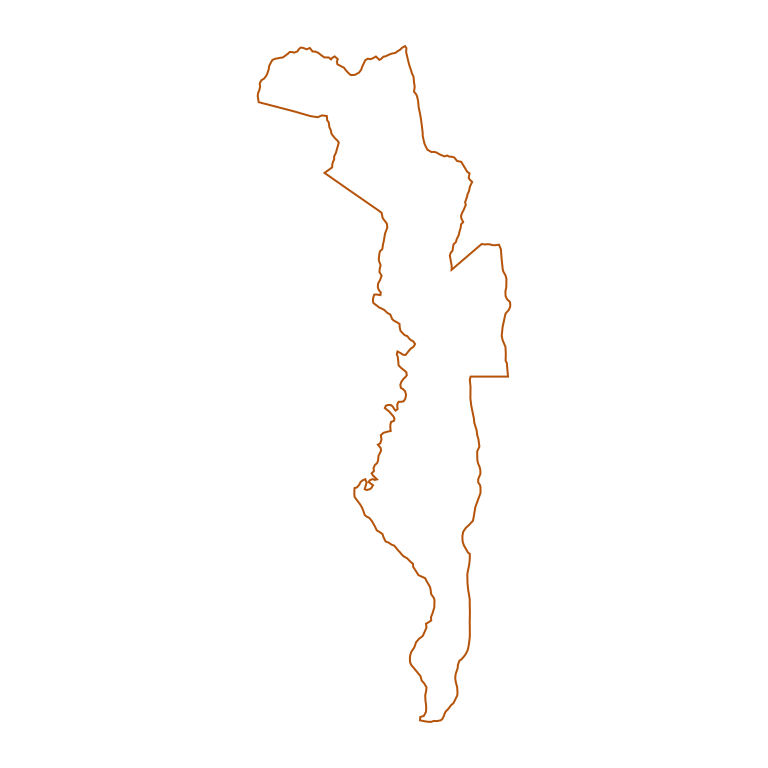 the district of Santa Luzia do Pará, Pará, Brazil
{"feature_id": "56859067B56041681846476", "entity_name": "Santa Luzia do Pará", "entity_type": "district", "adm_level": 2, "iso_a3": "BRA", "parent_name": "Brazil", "parent_adm1": "Pará", "projection": "robinson", "projection_center": [-46.938, -1.726], "detail": "fine", "context": "isolated", "style": "outline", "palette": "amber", "viewbox_px": 768, "rotation_deg": 0, "n_neighbors": 0, "source": "geoboundaries", "source_scale": "gbopen_adm2", "svg_char_len": 5820}
<svg xmlns="http://www.w3.org/2000/svg" viewBox="0 0 768 768"><path d="M367.8,58.7L365.3,60.2L362.2,66.7L361.3,69.5L359.1,72.5L355.1,74.8L353.0,75.0L350.6,75.0L348.3,72.9L345.6,70.0L344.2,67.9L340.9,66.1L337.5,64.4L336.8,61.8L337.8,59.2L334.7,56.4L332.4,57.7L331.0,59.4L328.8,57.5L324.3,57.4L321.1,55.1L318.2,52.8L315.3,51.6L312.6,51.5L309.8,48.0L306.6,49.3L303.4,48.0L300.9,47.5L299.1,48.9L297.4,51.4L294.3,52.6L292.2,52.1L289.8,52.0L287.7,53.9L282.8,57.5L280.1,57.8L278.1,58.3L275.3,58.7L272.4,60.0L270.9,62.5L269.1,66.1L268.8,69.0L267.2,73.9L266.2,75.9L264.1,78.6L261.3,80.3L259.7,83.5L260.1,86.8L259.3,90.3L258.2,92.7L257.7,96.1L258.7,102.2L293.4,111.2L310.8,116.2L317.8,117.2L321.9,115.4L326.8,116.0L327.2,120.3L328.8,122.5L329.3,127.0L330.8,130.2L331.5,133.8L333.7,136.7L335.7,139.0L337.5,140.6L338.8,142.6L335.9,152.8L334.1,156.6L334.2,159.3L333.1,161.6L332.4,163.7L332.1,167.4L324.5,172.9L347.8,189.2L379.0,210.8L381.7,213.0L382.6,217.9L384.0,219.9L386.8,223.5L387.3,227.4L386.1,230.9L385.0,233.6L384.1,239.4L382.9,245.1L382.3,249.2L380.2,251.0L379.3,253.9L378.8,259.6L379.4,262.2L380.6,265.1L379.8,268.6L379.4,271.9L381.6,275.8L380.8,278.0L380.0,280.1L378.1,283.5L377.8,287.1L378.8,290.0L380.8,292.4L380.4,295.1L376.7,294.5L374.3,294.6L373.5,296.8L372.9,299.6L373.2,302.7L375.1,304.4L377.2,305.8L379.0,307.4L381.7,308.6L384.5,310.1L387.1,312.7L390.3,314.6L391.3,316.9L392.1,319.0L393.8,320.6L396.8,322.2L399.5,323.9L399.7,327.3L400.5,330.8L402.5,333.0L404.6,335.1L407.4,336.2L409.2,338.6L411.0,340.3L413.0,341.1L415.1,344.0L413.5,346.8L410.6,348.7L408.9,350.8L407.0,353.1L405.7,354.9L403.2,354.8L400.6,353.1L397.5,351.5L396.8,354.3L397.6,356.4L398.0,358.6L398.3,361.9L398.6,365.4L401.1,367.9L404.1,370.3L406.3,372.1L406.8,375.2L405.4,377.1L403.7,378.6L401.4,381.7L400.3,384.9L400.9,387.9L403.1,389.2L405.1,391.3L406.1,394.8L405.3,398.7L403.7,401.2L401.2,401.8L398.6,401.8L397.3,404.2L397.3,406.5L397.6,409.1L395.5,410.6L394.0,408.7L392.9,406.7L391.0,405.1L388.2,404.9L385.9,405.7L384.8,408.0L387.1,409.9L389.3,411.6L391.5,414.2L393.5,416.4L394.5,418.9L393.8,421.0L391.1,421.9L390.4,424.6L390.3,427.5L390.7,431.0L387.3,431.7L383.5,432.8L380.8,435.2L381.5,439.3L380.3,443.3L377.9,444.7L380.6,447.9L381.1,450.5L380.1,452.7L378.6,455.6L378.3,457.9L378.1,460.5L377.1,463.1L374.8,465.1L373.6,468.1L373.9,471.2L371.6,473.3L372.9,475.5L374.9,477.3L377.0,479.4L374.8,479.9L372.8,479.1L370.0,480.1L368.6,481.9L370.5,483.4L373.0,485.2L371.4,488.0L369.8,489.2L366.7,490.0L364.7,489.2L365.6,486.0L366.6,482.7L365.3,479.2L362.5,480.4L360.5,482.1L359.3,484.7L357.0,487.4L354.5,488.1L354.3,493.8L354.6,497.0L356.5,499.6L360.2,504.5L361.8,507.2L363.3,510.7L364.7,515.0L366.8,516.7L369.2,517.8L371.8,521.0L374.6,525.8L376.8,530.4L379.2,531.8L382.4,533.9L383.7,537.6L385.6,541.5L388.6,542.6L391.5,544.6L394.3,545.7L398.0,550.2L400.0,552.3L401.5,554.2L403.4,556.2L407.0,558.2L410.7,562.0L413.0,563.8L413.2,566.9L416.2,571.5L418.5,575.2L425.2,578.2L426.5,581.0L430.0,586.9L430.7,590.0L431.1,594.0L434.0,598.2L434.5,600.4L434.3,607.4L432.4,613.7L431.0,617.0L431.2,620.5L428.2,622.5L426.0,623.7L426.5,627.5L425.4,630.1L422.9,635.7L421.2,637.2L419.2,638.6L416.1,642.2L414.3,647.4L411.4,651.7L410.3,654.9L409.9,657.4L410.0,662.0L411.2,665.0L413.5,667.6L418.2,673.4L420.5,676.1L421.6,680.4L424.1,683.3L426.5,687.3L426.2,690.7L425.2,695.4L425.5,701.1L426.0,704.4L426.2,708.0L426.0,711.8L423.8,715.9L420.2,717.1L420.0,720.3L424.2,721.2L427.3,721.7L431.0,721.9L434.0,720.9L437.0,721.1L440.8,720.3L442.4,718.9L444.0,715.7L444.6,713.6L445.7,711.5L447.6,709.7L449.5,707.3L451.1,705.1L453.4,703.2L457.2,695.6L457.5,692.9L457.2,687.5L455.7,681.6L455.2,678.2L455.7,673.9L457.7,668.0L457.9,664.9L459.3,660.9L461.9,658.9L464.4,655.9L465.7,654.0L467.3,651.0L468.1,648.6L468.9,644.2L469.5,639.4L469.8,636.5L469.8,626.9L469.7,622.7L469.9,612.4L469.7,603.8L469.7,599.2L469.0,594.6L468.2,590.2L467.5,583.4L467.3,574.6L467.8,571.2L469.0,565.7L469.5,562.0L469.8,558.1L469.8,553.9L467.9,552.5L466.5,549.9L464.0,545.6L462.7,542.0L462.4,538.0L462.5,535.3L463.3,531.6L465.8,527.9L469.0,525.0L471.0,522.8L472.9,520.9L473.4,518.5L473.9,515.8L475.3,507.2L480.5,493.0L480.5,487.7L480.1,485.3L478.2,482.4L478.2,479.2L480.4,473.8L480.3,470.0L479.6,467.0L478.0,463.1L477.4,460.7L477.2,454.4L477.2,451.3L479.4,446.6L478.4,439.1L477.2,435.1L476.7,430.6L474.2,422.4L474.0,419.1L471.3,405.9L470.4,398.5L470.5,386.5L469.8,379.8L470.6,376.6L508.0,376.6L506.8,362.9L505.6,360.7L505.8,354.3L505.5,347.0L502.6,340.1L501.7,335.9L502.6,327.0L505.0,315.9L505.6,313.5L508.9,309.8L510.1,306.9L510.3,304.4L509.9,301.9L507.2,299.4L505.6,296.2L505.4,291.5L506.3,287.0L506.4,278.7L505.6,275.6L503.4,271.7L502.7,269.2L501.5,257.8L500.9,249.3L500.0,247.1L498.9,244.7L495.3,245.2L492.3,245.1L490.2,244.4L487.4,244.2L484.7,244.5L481.7,244.0L462.6,260.3L451.6,269.8L451.7,265.9L450.9,261.4L450.3,258.0L449.8,255.7L450.7,252.8L452.5,250.7L453.5,244.4L456.0,241.9L456.6,239.4L457.6,237.4L458.8,235.0L459.5,231.5L460.6,228.1L461.1,224.3L463.2,222.1L461.4,218.5L461.0,216.2L462.0,213.1L463.4,210.5L464.5,207.9L465.8,204.8L465.1,202.3L467.1,196.6L467.5,194.2L468.9,191.4L469.4,189.2L469.9,186.6L472.2,181.9L470.0,179.9L468.7,178.0L469.5,173.3L467.3,171.9L461.2,161.8L457.1,161.0L454.2,157.4L451.4,156.7L449.2,156.6L447.1,155.5L444.6,156.4L439.8,154.5L436.7,152.6L434.4,151.9L431.4,152.0L429.4,150.8L427.5,149.8L425.7,146.4L424.6,144.0L423.6,140.0L422.7,135.7L422.7,133.3L422.2,128.5L420.9,118.7L420.0,113.5L418.7,107.6L418.1,101.0L417.2,97.0L416.4,94.7L414.0,91.6L414.7,86.9L414.0,82.0L413.5,76.6L411.9,73.3L411.0,70.1L409.9,67.1L409.0,64.0L407.7,58.9L406.8,54.9L406.1,52.1L406.4,48.1L405.0,46.1L401.9,47.9L399.9,49.9L397.6,51.2L395.6,52.8L390.7,53.9L385.3,56.4L383.3,56.7L381.3,58.8L379.4,59.9L375.9,56.5L373.2,58.1L370.5,59.2L367.8,58.7Z" fill="none" stroke="#b45309" stroke-width="2"/></svg>